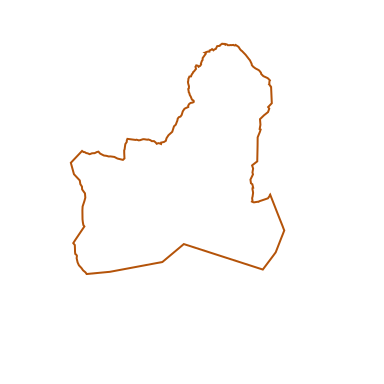 San Andrés Yaá, Oaxaca, Mexico (Natural Earth projection), rotated 137°
{"feature_id": "50627088B90449229158341", "entity_name": "San Andrés Yaá", "entity_type": "district", "adm_level": 2, "iso_a3": "MEX", "parent_name": "Mexico", "parent_adm1": "Oaxaca", "projection": "natural_earth1", "projection_center": [-96.145, 17.295], "detail": "fine", "context": "isolated", "style": "outline", "palette": "amber", "viewbox_px": 384, "rotation_deg": 137, "n_neighbors": 0, "source": "geoboundaries", "source_scale": "gbopen_adm2", "svg_char_len": 3253}
<svg xmlns="http://www.w3.org/2000/svg" viewBox="0 0 384 384"><g transform="rotate(137 192 192)"><path d="M62.5,214.9L62.6,215.7L62.3,216.0L62.2,218.2L61.8,218.2L60.5,219.6L59.4,220.4L58.9,220.5L58.9,222.1L59.0,223.7L60.8,228.1L60.9,231.1L60.2,232.3L60.0,235.1L60.2,236.0L60.9,238.0L61.3,239.1L61.8,241.9L61.7,244.0L61.0,245.0L59.8,248.8L59.7,250.4L59.2,255.9L59.3,261.2L59.5,261.7L59.5,263.5L59.0,266.3L59.2,267.4L59.8,269.8L60.6,269.8L61.2,270.5L61.4,271.3L63.0,272.5L63.7,273.3L64.4,273.7L65.7,274.9L65.8,276.0L66.7,277.5L67.2,277.2L67.7,278.7L68.4,279.1L68.8,279.9L71.1,280.2L72.1,280.0L74.1,281.5L77.1,280.4L78.3,281.0L79.7,281.0L79.9,282.8L80.6,282.8L82.6,283.5L83.5,282.8L84.8,284.0L86.6,284.8L87.1,284.7L87.4,284.9L87.2,284.1L87.7,283.7L92.8,282.7L94.3,281.3L95.5,281.1L96.8,280.4L98.1,279.7L98.2,279.2L99.0,278.9L100.0,278.7L101.2,279.0L101.8,279.1L101.6,280.4L102.5,281.7L103.3,281.4L104.1,281.2L105.1,279.3L108.5,278.8L109.4,278.9L110.4,278.4L111.8,278.2L113.2,277.6L113.8,277.2L115.2,278.2L116.7,277.5L117.2,277.4L119.4,275.5L119.9,275.3L121.0,273.6L122.1,271.4L123.7,269.9L124.5,269.9L125.9,267.7L126.4,267.1L126.5,266.1L127.4,264.6L127.9,262.5L129.0,259.7L128.6,257.9L128.7,257.3L129.3,256.7L130.4,256.9L132.3,258.1L134.0,258.3L135.8,257.8L136.8,256.7L138.6,257.4L140.7,258.0L143.7,257.3L147.0,255.4L149.0,255.0L150.6,255.7L152.4,255.4L153.3,254.7L154.6,253.9L155.6,253.5L156.7,252.9L158.0,252.3L160.4,252.3L165.4,249.5L170.4,249.6L174.0,248.7L176.2,247.3L178.4,247.7L180.9,249.2L181.9,248.3L182.6,249.8L183.4,250.8L184.9,251.3L184.8,253.1L185.1,255.1L186.7,256.6L187.1,258.3L188.2,260.3L188.9,260.6L189.9,261.8L190.6,262.8L191.2,263.4L191.8,264.0L194.8,265.4L195.9,266.3L196.0,266.6L196.9,268.1L197.7,268.5L203.0,274.9L204.5,274.2L205.6,273.1L208.1,272.5L211.2,270.0L212.0,269.3L213.2,268.7L215.2,266.5L218.5,262.6L220.6,262.6L223.7,267.3L224.6,269.8L224.8,270.5L227.4,273.7L228.7,274.8L229.9,276.8L231.5,278.7L232.0,280.0L233.0,282.8L232.9,285.3L234.3,286.1L236.7,286.8L238.7,288.5L240.5,289.2L241.1,289.5L241.9,291.4L242.8,292.6L243.3,294.4L244.1,295.2L244.4,297.0L260.7,296.0L266.2,285.5L266.2,277.0L268.3,273.9L268.8,271.0L270.6,268.8L271.2,264.0L273.9,260.6L276.8,258.8L281.9,256.0L284.6,253.4L287.6,250.1L290.7,246.7L292.4,244.4L294.0,241.9L294.2,240.2L310.2,236.5L313.7,235.6L313.9,233.1L316.4,230.2L318.2,228.2L319.6,226.4L319.4,225.0L319.7,223.8L321.5,222.3L323.7,218.5L324.7,215.5L324.7,214.5L324.7,211.8L325.1,209.0L324.7,205.8L325.0,203.9L306.7,189.8L306.6,189.7L261.4,161.0L248.6,160.3L233.5,159.5L193.1,87.0L175.6,90.1L171.9,90.8L164.0,94.6L158.0,97.5L154.8,99.0L151.5,100.6L150.7,101.0L150.4,101.9L149.0,105.3L148.3,107.1L146.0,113.0L143.3,119.9L141.5,124.4L136.6,136.8L137.1,136.7L137.7,136.2L140.8,135.6L142.8,136.5L146.6,138.2L149.2,139.4L150.0,139.4L150.8,140.2L153.5,142.0L154.1,142.6L154.7,144.1L153.7,144.4L152.8,145.7L152.2,146.5L150.6,147.5L149.9,148.1L147.9,149.7L147.0,151.0L145.8,152.9L145.1,153.6L144.4,153.3L142.6,156.5L142.9,158.2L140.8,161.2L135.4,163.3L134.5,165.0L131.3,167.5L129.9,170.5L123.4,169.9L112.6,181.0L106.7,187.2L101.3,189.7L99.2,190.9L99.6,191.9L96.1,194.5L92.6,198.9L87.0,199.0L81.9,198.6L78.6,200.3L78.4,202.2L73.1,202.5L62.5,214.9Z" fill="none" stroke="#b45309" stroke-width="2"/></g></svg>